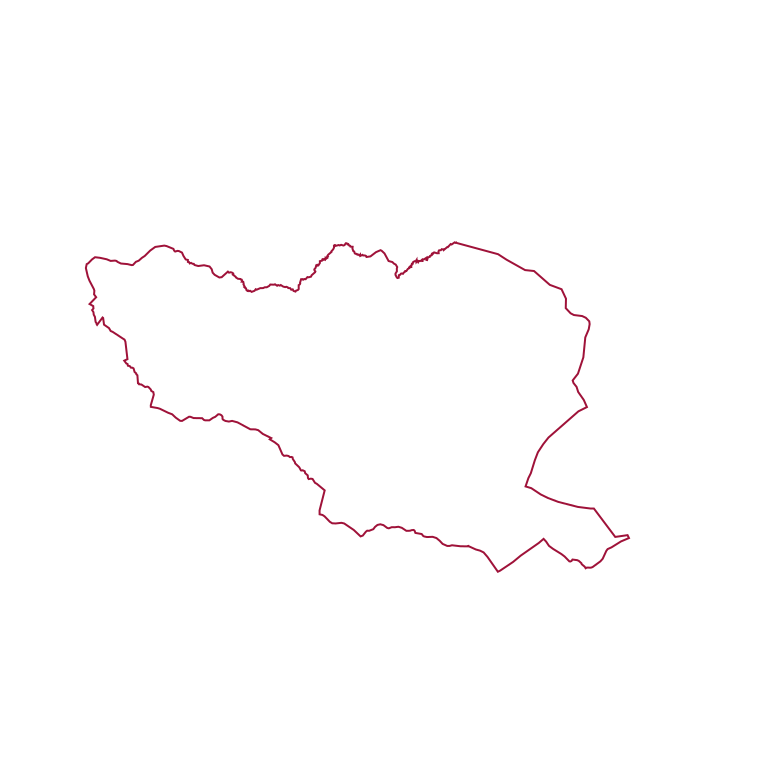 Ogan Komering Ulu, Sumatera Selatan, Indonesia, rotated 235°
{"feature_id": "22746128B55651065226017", "entity_name": "Ogan Komering Ulu", "entity_type": "district", "adm_level": 2, "iso_a3": "IDN", "parent_name": "Indonesia", "parent_adm1": "Sumatera Selatan", "projection": "orthographic", "projection_center": [104.188, -4.111], "detail": "fine", "context": "isolated", "style": "outline", "palette": "rose", "viewbox_px": 768, "rotation_deg": 235, "n_neighbors": 0, "source": "geoboundaries", "source_scale": "gbopen_adm2", "svg_char_len": 6154}
<svg xmlns="http://www.w3.org/2000/svg" viewBox="0 0 768 768"><g transform="rotate(235 384 384)"><path d="M117.3,496.3L120.5,496.8L126.1,485.7L161.6,484.5L163.5,481.8L172.1,472.3L187.5,459.1L196.6,452.9L203.7,449.0L214.2,444.9L218.9,441.2L224.1,448.3L226.7,453.1L235.0,463.8L239.8,470.9L243.4,480.0L245.8,488.0L250.1,527.6L248.7,537.0L256.3,538.5L266.1,538.5L271.2,540.1L276.1,539.8L278.7,540.6L281.2,548.8L291.5,562.6L306.7,575.6L311.4,583.1L315.1,586.8L317.6,588.1L322.5,587.3L326.0,585.3L331.6,579.1L334.9,577.4L341.9,576.4L349.5,582.0L359.8,583.8L370.1,576.7L390.5,571.7L396.4,564.9L415.5,555.7L424.9,551.9L458.0,524.3L458.5,524.3L458.6,523.5L459.5,523.1L459.5,519.4L460.4,518.9L459.5,514.8L459.9,514.5L459.5,510.0L460.1,510.3L460.4,509.4L461.3,508.7L461.0,507.3L461.9,505.8L461.4,504.7L459.8,503.8L460.7,502.4L463.0,500.6L462.5,498.4L463.2,498.9L463.3,498.0L462.3,496.8L462.5,495.0L461.9,494.5L462.5,492.5L460.8,490.4L461.3,489.9L463.1,491.3L463.2,488.0L464.0,487.3L464.0,486.6L462.7,486.0L462.9,485.7L463.7,485.8L464.0,484.1L464.8,483.2L464.2,481.9L465.6,482.0L465.3,480.6L466.9,481.7L466.3,480.3L467.0,479.6L467.2,477.9L466.0,476.4L466.5,475.8L465.2,474.5L465.2,473.8L464.2,473.4L464.7,472.4L465.3,472.7L465.1,471.4L464.4,471.1L464.6,469.5L463.7,467.1L464.4,466.2L463.8,465.2L464.0,464.4L463.4,462.7L464.3,462.1L464.7,461.0L464.2,460.0L464.6,458.6L462.6,457.0L463.1,455.8L464.0,455.6L466.8,456.0L467.9,456.8L468.9,459.2L471.2,460.7L472.2,461.9L475.1,462.1L476.9,461.2L479.1,460.8L482.1,458.3L490.7,459.3L494.5,458.5L495.6,457.9L496.6,453.1L496.3,446.1L498.1,442.5L499.3,442.7L500.2,442.1L501.3,440.6L502.1,440.5L502.5,438.1L503.7,438.7L503.4,437.7L505.3,436.9L505.3,436.3L506.5,436.0L507.0,435.3L507.8,435.0L509.6,435.6L510.5,435.1L513.0,435.8L514.4,437.0L515.8,435.3L516.7,435.5L517.4,434.9L519.1,435.0L519.3,434.2L520.6,434.2L521.2,433.4L520.4,431.3L520.7,430.2L522.6,428.7L522.9,427.2L523.8,426.6L524.9,423.6L525.7,423.7L526.2,423.1L526.0,422.3L524.5,421.4L523.5,419.7L522.8,416.9L522.3,416.7L521.9,412.4L521.3,411.0L520.5,411.1L520.3,410.1L520.7,409.4L519.8,409.6L519.8,407.3L520.6,407.4L520.6,406.8L520.0,406.6L520.7,406.1L520.6,405.7L521.4,405.6L521.5,405.1L520.6,403.9L521.4,401.9L519.9,400.9L518.8,398.3L519.3,398.0L519.3,397.5L520.0,397.5L520.1,396.5L519.2,396.3L519.1,395.4L518.2,394.2L517.9,392.7L516.8,392.2L515.6,392.4L515.1,391.7L514.6,387.1L513.8,385.8L514.6,383.5L515.5,382.6L514.8,379.9L515.6,379.1L515.8,377.6L516.5,377.6L517.4,376.2L515.1,373.3L514.5,373.1L513.9,372.2L513.9,370.8L510.7,368.6L510.4,367.5L510.9,365.4L510.5,364.5L512.1,363.3L513.9,363.5L514.4,362.1L516.3,362.1L517.5,360.6L518.4,360.6L519.7,359.7L520.0,358.7L521.6,357.3L524.3,356.2L524.3,355.1L525.8,354.0L525.8,352.8L528.2,351.9L528.4,350.9L530.7,347.9L530.2,346.3L530.5,343.4L531.6,341.9L531.9,340.0L533.5,337.6L534.3,333.7L535.2,333.3L534.6,331.4L535.4,328.4L537.0,327.9L537.1,327.3L538.2,326.6L538.0,326.0L538.3,325.7L538.6,326.0L539.7,325.2L541.4,325.8L542.3,325.7L542.3,325.4L543.3,325.2L543.2,325.7L546.1,326.0L546.3,326.4L548.4,327.3L549.3,326.3L549.5,326.9L551.0,327.3L551.7,326.6L552.3,326.7L554.0,324.7L556.3,323.8L556.9,324.0L560.3,322.9L560.5,323.7L561.1,323.9L562.4,323.4L563.5,322.5L564.1,320.9L565.6,320.6L564.6,312.3L565.7,310.2L570.6,307.9L573.5,307.5L576.8,308.7L580.3,308.5L584.5,304.7L587.2,299.5L590.2,297.0L591.5,297.1L592.3,296.1L593.9,295.4L594.2,294.0L595.7,294.2L596.5,293.4L598.1,294.5L599.8,293.0L604.0,293.2L607.5,293.9L610.6,292.2L611.5,291.2L612.3,288.9L613.6,288.6L615.5,289.0L621.7,285.0L623.4,283.4L627.5,275.2L627.4,269.0L626.1,261.4L626.2,258.1L625.7,253.8L626.4,250.8L625.5,246.6L626.1,245.5L629.3,242.7L633.6,237.6L637.0,235.7L638.2,235.5L639.4,234.4L641.6,230.7L645.2,228.4L650.3,223.7L653.6,220.0L653.5,216.2L652.5,210.9L652.7,209.2L650.0,206.3L642.1,203.1L637.6,202.0L628.3,200.8L626.6,200.3L623.7,197.9L620.2,198.0L618.4,188.7L614.6,190.5L612.5,189.3L612.0,187.3L609.5,187.2L607.3,186.0L604.8,185.7L600.3,183.4L598.2,183.3L597.7,182.9L597.0,182.9L599.9,191.6L599.2,191.8L593.2,188.7L587.5,190.8L584.2,190.5L582.4,191.6L569.1,196.9L566.9,196.4L551.5,188.1L552.1,184.6L548.6,184.7L547.5,185.4L545.9,184.7L544.5,186.0L542.5,186.1L541.6,187.3L540.4,187.8L536.9,186.6L534.8,187.1L534.1,186.7L532.6,187.0L525.7,182.9L524.9,183.5L524.3,183.2L522.7,185.0L518.5,186.6L517.6,188.6L516.7,189.3L513.3,189.8L511.8,189.4L509.7,190.4L507.3,189.3L500.4,180.8L499.0,179.9L494.2,184.7L492.3,186.2L484.2,190.7L480.7,193.1L475.9,194.1L470.8,195.9L470.2,196.6L469.6,197.4L469.0,205.5L468.2,206.6L465.3,208.5L460.3,215.4L457.8,215.9L456.9,216.6L454.4,220.1L454.4,224.4L453.9,227.0L454.3,230.8L453.3,232.1L451.7,232.9L450.0,233.0L448.0,231.7L446.8,231.8L444.7,232.9L442.2,235.4L440.9,238.4L436.6,242.0L423.6,248.5L420.6,252.6L418.3,254.5L412.6,256.1L404.4,260.6L404.2,258.7L399.0,261.0L394.5,262.4L384.5,260.4L382.5,260.9L381.2,263.2L379.8,264.5L378.1,265.0L377.2,266.5L376.3,267.0L375.0,266.3L371.1,266.2L369.9,265.7L364.4,266.8L360.9,266.4L360.2,267.1L360.0,267.9L358.0,269.0L356.1,268.3L352.9,269.1L350.6,267.8L349.3,267.8L348.4,269.8L347.2,271.0L342.6,270.8L340.8,271.7L330.9,274.4L317.4,258.7L314.2,256.5L312.0,258.5L309.7,259.4L302.2,260.6L299.6,261.7L297.5,264.4L294.7,269.5L292.6,271.4L281.8,275.5L272.6,277.4L272.0,279.7L273.4,284.4L273.5,286.1L272.3,287.6L271.2,292.0L272.1,294.7L272.3,297.8L271.2,300.5L268.7,302.6L264.2,304.1L263.0,305.2L262.3,308.1L260.4,310.8L258.8,313.9L256.0,316.1L250.9,318.1L248.9,321.1L248.4,322.9L247.4,324.6L246.3,324.9L244.0,324.3L239.5,328.8L236.8,329.0L235.8,329.7L234.0,331.4L230.9,336.2L227.7,338.6L223.6,339.7L219.4,340.3L215.1,342.9L213.8,344.7L212.9,347.2L207.2,353.6L202.6,360.0L203.9,360.6L202.6,360.0L202.1,360.6L195.8,364.3L192.4,367.1L188.9,369.0L183.0,369.6L164.9,369.6L164.5,372.1L164.2,387.7L165.0,397.6L165.0,419.6L165.6,425.9L161.9,426.4L156.8,426.3L152.0,427.9L142.9,431.8L139.1,433.0L132.4,434.1L131.7,434.9L131.5,436.1L132.1,437.7L128.9,441.2L127.4,442.1L124.0,442.9L123.0,442.6L119.2,443.6L117.4,443.5L117.3,444.8L114.9,448.1L114.4,449.8L114.6,459.5L115.4,462.9L119.8,470.4L120.5,472.5L119.7,476.7L119.1,487.9L117.3,496.3Z" fill="none" stroke="#9f1239" stroke-width="2"/></g></svg>